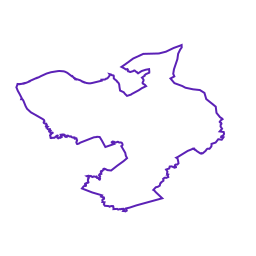 Zaļesjes pag., Zilupes, Latvia (Natural Earth projection), rotated 341°
{"feature_id": "27541924B33285860517164", "entity_name": "Zaļesjes pag.", "entity_type": "district", "adm_level": 2, "iso_a3": "LVA", "parent_name": "Latvia", "parent_adm1": "Zilupes", "projection": "natural_earth1", "projection_center": [28.074, 56.351], "detail": "fine", "context": "isolated", "style": "outline", "palette": "violet", "viewbox_px": 256, "rotation_deg": 341, "n_neighbors": 0, "source": "geoboundaries", "source_scale": "gbopen_adm2", "svg_char_len": 5656}
<svg xmlns="http://www.w3.org/2000/svg" viewBox="0 0 256 256"><g transform="rotate(341 128 128)"><path d="M110.8,203.9L137.5,205.6L133.4,197.8L132.5,195.6L131.8,194.8L135.0,193.1L137.1,193.3L139.3,192.8L140.4,191.0L141.3,190.6L141.3,190.3L144.3,189.4L144.7,188.5L144.6,187.6L144.8,187.5L146.1,187.0L146.9,187.0L147.8,187.6L150.1,187.5L150.3,185.4L150.0,185.2L150.5,185.0L150.4,184.9L150.6,184.8L150.2,184.5L150.3,184.4L150.0,183.9L151.1,182.0L150.5,179.7L153.8,179.7L154.9,178.0L156.8,178.5L159.1,180.7L160.6,180.7L160.7,180.4L159.8,179.2L160.3,178.4L161.2,178.1L162.7,178.6L164.2,177.9L164.6,175.9L164.9,173.0L164.0,171.8L165.7,171.6L177.0,169.1L181.0,168.9L182.9,168.6L183.1,168.7L183.1,169.0L183.4,169.0L183.3,169.3L183.8,169.6L184.0,169.6L184.0,170.3L184.8,170.8L185.3,171.9L188.0,175.4L188.6,175.9L188.8,175.6L189.2,175.6L190.3,176.3L193.9,174.9L195.4,173.8L196.3,173.5L197.0,173.6L197.9,174.1L198.2,174.2L198.8,173.9L200.8,172.6L201.1,172.1L201.8,170.2L206.1,170.3L209.7,168.0L212.8,169.6L215.2,167.9L213.1,166.8L213.5,166.3L215.3,166.1L216.4,165.4L216.9,164.8L217.2,163.0L213.6,161.1L216.7,159.3L216.0,156.8L216.7,155.1L217.5,154.7L217.8,154.3L217.7,153.4L217.0,152.9L216.7,152.1L218.3,150.9L220.3,150.4L220.1,149.8L218.5,147.7L216.6,142.5L217.9,136.4L211.4,126.1L211.7,119.7L208.3,115.5L202.1,112.6L195.4,108.6L193.0,106.0L186.5,100.7L184.3,95.0L188.6,94.3L188.4,91.5L190.6,87.4L197.1,79.0L199.6,74.1L202.9,70.8L205.0,69.3L205.7,67.0L204.1,67.1L197.2,67.2L188.7,68.2L181.5,67.6L166.6,62.9L155.5,64.0L145.8,67.0L141.7,68.1L143.8,70.3L145.1,72.0L146.5,72.0L146.9,72.6L146.4,73.8L146.6,74.5L147.6,75.0L147.8,75.4L148.4,75.8L151.4,75.9L152.5,75.6L153.0,75.8L153.9,77.4L154.7,78.2L154.7,78.6L155.3,79.6L159.4,78.6L160.4,78.6L163.9,78.7L167.1,79.2L166.5,81.6L166.1,82.6L162.4,82.9L160.9,83.5L160.8,84.0L157.6,84.9L158.2,86.5L158.4,87.6L158.0,88.4L156.6,89.8L156.4,90.4L156.5,90.8L158.0,92.6L158.7,94.3L153.9,94.9L150.5,95.8L142.5,97.1L141.7,97.4L137.5,97.3L136.1,94.4L135.6,92.8L132.7,90.0L133.3,86.4L133.8,84.2L133.8,83.3L133.6,82.0L132.6,80.3L132.7,79.7L131.6,78.1L130.7,76.5L131.5,74.2L131.4,73.6L129.8,72.7L129.5,72.0L128.0,71.0L128.2,71.8L127.9,72.3L125.4,74.0L124.2,74.4L123.4,74.2L122.6,74.6L121.8,74.6L118.6,73.7L118.5,74.7L109.0,73.8L106.9,73.5L105.7,73.1L103.3,71.9L100.7,69.7L100.7,70.0L100.0,69.4L99.5,68.8L99.5,68.6L98.2,67.2L95.5,65.2L95.1,65.4L94.2,64.9L94.5,64.6L93.7,63.8L94.0,63.7L92.7,62.0L92.3,60.8L91.8,60.9L88.6,56.1L86.8,54.3L85.7,53.5L81.8,51.8L80.3,51.4L73.4,50.2L68.8,50.0L62.5,50.6L60.0,51.0L58.1,51.1L58.1,50.9L50.1,51.6L50.1,51.9L46.8,52.1L44.5,52.1L44.6,51.8L43.3,51.7L43.2,51.9L40.4,51.4L40.5,51.3L39.3,51.0L37.9,50.4L37.3,51.3L35.7,53.2L35.8,54.5L35.9,56.9L36.6,60.7L37.2,65.0L36.4,66.0L37.5,66.4L37.9,67.7L38.0,68.5L38.3,74.0L38.8,77.0L41.3,81.6L50.2,91.7L51.1,92.9L51.2,94.3L50.1,95.1L50.0,95.5L50.1,95.9L50.6,96.5L52.1,97.3L52.0,97.9L52.2,98.5L51.7,98.7L51.6,99.2L51.2,99.4L51.0,99.6L51.3,99.9L52.0,99.9L52.5,100.5L51.3,100.7L51.1,100.9L51.0,101.1L51.7,101.7L51.7,102.9L52.4,103.5L53.6,103.5L53.8,103.6L53.6,104.3L54.0,105.1L53.6,105.2L52.5,105.1L52.3,105.3L52.4,105.9L53.4,106.8L53.1,107.3L53.1,107.7L53.7,107.8L54.8,107.6L55.2,107.9L55.1,108.2L54.8,108.3L53.4,108.3L53.1,109.0L51.9,109.5L51.8,109.9L52.0,110.6L51.6,111.9L51.6,112.3L52.3,112.6L52.8,112.5L53.5,112.8L54.1,112.8L54.5,113.1L55.4,113.3L56.7,112.6L58.4,112.1L59.0,112.2L59.1,112.4L58.9,112.7L57.9,113.6L57.9,113.9L58.5,114.5L58.5,114.8L58.6,115.0L58.9,115.1L60.2,114.8L60.9,115.2L61.0,115.1L61.0,114.6L61.7,114.6L61.9,114.7L62.1,115.0L62.5,114.9L62.5,114.7L62.1,114.1L62.1,113.9L62.6,113.7L62.1,113.3L62.4,112.9L62.3,112.5L64.4,112.9L64.6,113.5L65.1,113.3L65.4,113.4L65.9,113.9L65.5,115.0L65.9,115.9L67.1,115.6L67.0,116.3L67.2,116.5L68.3,115.6L68.7,115.6L69.9,117.0L71.3,117.3L71.4,117.9L72.3,118.8L73.3,119.3L73.8,119.2L74.3,119.5L74.0,120.3L74.1,120.7L74.4,120.7L74.7,120.6L75.5,120.7L75.9,121.0L75.9,121.3L75.7,121.7L75.6,122.1L75.6,122.6L75.9,122.9L75.7,123.4L74.5,124.6L74.5,126.1L74.6,126.5L74.9,126.7L76.6,126.7L78.1,126.3L92.7,125.7L95.4,126.3L95.8,126.2L98.3,127.3L99.2,131.4L100.4,138.6L109.7,138.6L109.1,137.3L107.9,136.4L108.0,136.1L109.1,135.8L110.2,136.4L111.5,137.7L113.9,137.7L114.3,138.0L114.7,138.7L115.3,139.0L116.5,139.3L117.1,139.8L117.4,140.3L117.5,141.0L117.4,142.2L116.3,143.1L115.8,143.1L117.3,150.6L116.9,153.6L117.3,156.2L113.0,157.9L105.7,160.1L98.2,162.7L94.8,161.1L93.2,159.4L92.3,158.7L91.9,158.7L92.0,159.0L91.9,159.4L91.5,159.5L90.8,159.5L89.9,160.2L89.6,160.3L88.8,159.9L88.3,160.1L88.1,160.5L88.4,160.7L88.4,161.2L88.2,161.6L87.6,161.9L87.8,162.7L86.8,162.9L86.5,162.9L86.1,162.5L85.9,162.6L85.2,163.2L85.8,164.7L84.5,165.6L84.5,165.8L85.2,166.3L85.2,166.6L84.9,166.9L84.8,167.3L84.4,167.6L83.8,167.0L83.8,166.2L83.5,165.7L82.4,165.1L82.3,164.8L82.6,163.8L82.5,163.6L81.4,163.6L80.4,162.9L79.7,162.6L79.3,162.6L78.7,162.9L77.9,162.3L77.6,161.6L77.2,161.2L76.4,161.3L75.3,160.3L73.4,160.1L74.9,161.9L74.7,162.4L74.4,162.7L73.5,163.2L73.4,163.4L73.5,163.9L72.8,165.0L73.0,166.4L72.8,166.6L72.0,166.8L71.3,166.5L69.3,166.7L69.1,167.0L69.8,167.8L69.5,168.9L69.0,169.0L68.2,168.6L67.1,168.7L64.8,170.2L73.2,177.3L81.5,183.2L80.2,184.1L81.4,185.1L82.5,185.6L82.6,185.8L82.5,186.7L82.2,187.2L80.9,187.3L80.5,187.5L80.2,187.9L80.1,189.2L79.7,189.7L81.6,190.6L80.3,192.4L80.8,194.0L84.4,195.6L84.9,196.4L86.7,196.3L87.3,196.6L88.4,196.9L88.5,197.1L88.5,197.9L88.1,198.7L88.4,199.5L88.0,200.0L91.5,201.0L92.1,201.9L93.8,202.0L94.3,202.4L95.3,202.3L95.8,202.7L96.4,202.8L97.1,202.7L98.1,203.6L96.4,204.9L97.8,205.5L98.4,206.0L99.9,205.7L100.0,203.4L103.6,203.8L110.8,203.9Z" fill="none" stroke="#5b21b6" stroke-width="2"/></g></svg>